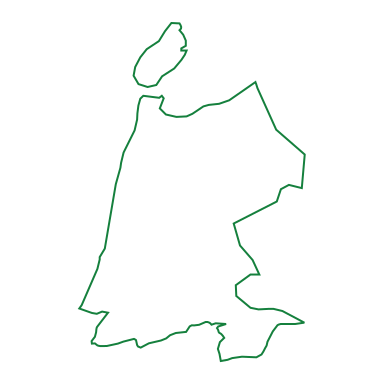 an SVG outline of Noord-Holland
{"feature_id": "NLD-3486", "entity_name": "Noord-Holland", "entity_type": "Province", "adm_level": 1, "iso_a3": "NLD", "parent_name": "Netherlands", "parent_adm1": "", "projection": "natural_earth1", "projection_center": [4.92, 52.678], "detail": "fine", "context": "isolated", "style": "outline", "palette": "green", "viewbox_px": 384, "rotation_deg": 0, "n_neighbors": 0, "source": "natural_earth", "source_scale": "10m", "svg_char_len": 1944}
<svg xmlns="http://www.w3.org/2000/svg" viewBox="0 0 384 384"><path d="M81.7,305.1L97.4,268.9L99.7,259.5L99.7,257.1L104.8,248.6L115.8,184.2L120.4,167.8L121.1,162.8L123.6,152.5L134.6,130.4L137.1,119.6L137.4,113.4L138.4,105.5L140.3,98.7L143.3,95.8L159.2,97.8L161.8,95.8L163.7,98.3L159.8,108.4L165.9,114.5L176.4,116.9L186.6,116.4L192.4,113.8L203.4,106.4L208.8,104.9L219.1,103.8L229.2,100.3L255.4,82.1L255.5,82.5L256.0,83.5L257.0,86.7L257.4,87.9L257.4,88.0L276.2,129.7L304.7,154.5L304.7,154.9L301.8,188.1L288.9,184.9L280.9,189.2L276.8,201.5L233.7,223.5L240.0,245.5L252.6,260.0L259.3,274.5L250.5,274.5L235.8,285.2L236.3,296.0L250.5,307.8L258.5,309.4L268.1,308.9L273.6,308.9L282.4,311.0L304.4,322.7L304.0,322.7L295.2,324.0L280.7,324.0L278.6,324.6L277.5,325.2L272.8,331.4L267.5,341.7L266.6,345.6L265.2,348.0L263.4,351.5L261.5,354.5L256.4,357.3L242.0,356.7L232.2,358.1L227.6,359.8L220.8,361.0L219.5,353.9L217.9,348.9L219.9,342.1L224.2,337.9L222.9,335.9L222.3,335.2L221.7,334.5L221.1,333.9L220.2,333.3L219.5,333.0L219.0,332.5L218.6,331.8L218.3,330.5L217.9,329.5L217.0,328.1L218.2,326.5L226.1,324.0L215.7,323.3L211.5,324.7L210.3,323.3L209.0,322.5L207.5,322.0L205.6,322.0L199.1,324.8L194.2,325.4L191.8,325.3L190.6,325.9L189.7,326.4L186.1,331.9L175.8,333.0L170.1,335.2L166.2,338.4L161.0,340.5L148.9,343.3L140.7,347.6L138.0,346.5L137.1,345.0L136.0,340.1L135.3,339.6L134.0,338.9L123.4,341.6L117.9,343.6L106.8,346.0L100.4,346.1L98.7,345.8L97.4,345.4L94.9,343.4L91.9,343.6L91.6,341.1L94.9,336.8L96.1,332.3L96.4,329.2L96.7,327.7L97.1,326.9L108.0,312.7L102.1,311.6L96.8,313.8L92.1,313.0L90.6,312.5L79.3,308.5L81.7,305.1ZM181.3,48.4L181.3,50.5L186.6,50.5L184.8,54.8L181.4,59.9L174.2,68.5L162.1,76.3L156.3,85.0L147.6,87.0L138.5,84.1L133.6,75.7L135.2,67.0L140.3,57.3L146.7,49.2L158.9,41.1L165.0,31.2L171.4,23.0L179.5,23.4L180.6,25.3L181.2,27.0L181.0,28.6L179.5,30.2L183.2,34.7L185.8,40.6L185.8,45.8L181.3,48.4Z" fill="none" stroke="#15803d" stroke-width="2"/></svg>